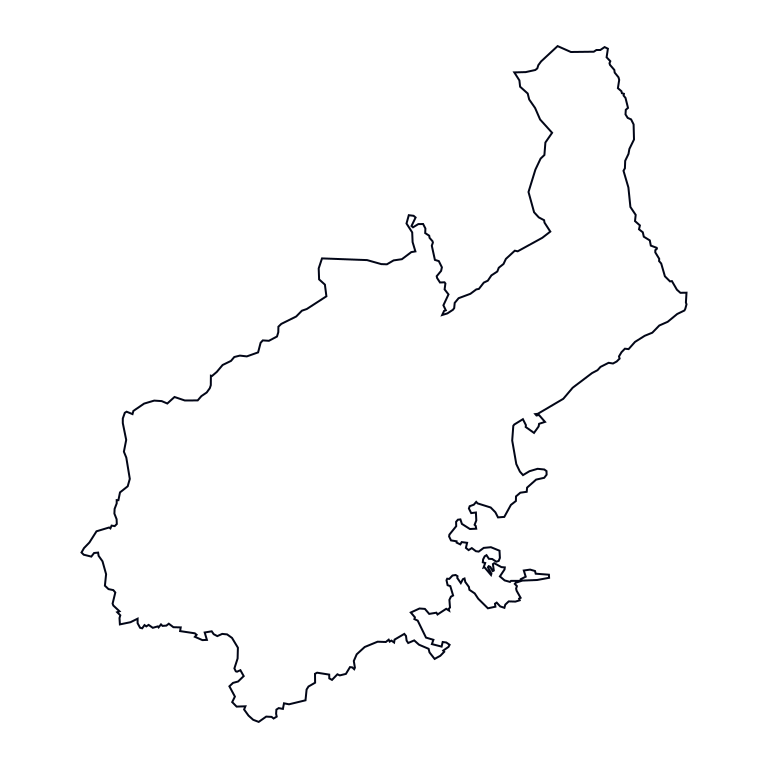 the district of Parva, Bistrita-Nasaud, Romania
{"feature_id": "2599482B44846698630488", "entity_name": "Parva", "entity_type": "district", "adm_level": 2, "iso_a3": "ROU", "parent_name": "Romania", "parent_adm1": "Bistrita-Nasaud", "projection": "mercator", "projection_center": [24.578, 47.424], "detail": "fine", "context": "isolated", "style": "outline", "palette": "ink", "viewbox_px": 768, "rotation_deg": 0, "n_neighbors": 0, "source": "geoboundaries", "source_scale": "gbopen_adm2", "svg_char_len": 6087}
<svg xmlns="http://www.w3.org/2000/svg" viewBox="0 0 768 768"><path d="M408.2,643.0L414.2,640.4L419.0,644.7L428.6,648.8L429.5,652.4L434.6,658.9L440.3,655.8L444.2,651.8L443.2,650.6L448.5,646.9L449.6,644.8L446.3,642.5L442.7,642.0L441.6,646.6L431.9,644.1L433.4,639.8L426.0,637.6L417.7,620.6L414.4,619.1L414.9,617.3L410.8,612.5L419.5,608.5L424.9,608.9L429.2,613.9L436.4,612.7L437.5,614.5L446.2,608.8L449.1,610.6L448.7,608.9L450.0,607.5L449.4,599.9L450.9,596.7L453.1,595.5L450.3,586.1L447.6,585.2L446.5,580.2L447.2,578.7L449.3,578.9L452.5,575.5L455.6,575.0L457.5,576.2L457.3,578.0L460.8,583.1L462.9,579.2L464.5,578.5L465.3,582.0L468.9,586.9L469.4,589.8L474.7,593.4L478.2,598.7L487.9,608.3L495.4,606.7L495.0,603.7L496.7,602.6L500.2,606.4L504.4,607.8L505.3,604.6L508.7,601.4L515.4,601.6L519.7,600.3L519.1,598.6L520.6,597.8L516.6,590.7L516.1,588.6L516.9,586.1L514.8,583.9L515.8,582.7L522.3,580.6L537.1,580.0L549.1,577.8L548.9,574.7L535.7,573.7L535.0,571.0L530.1,569.6L523.8,570.5L525.7,576.7L520.7,579.2L520.3,580.9L511.0,580.9L510.0,581.9L504.6,580.4L499.9,576.4L504.5,569.5L504.8,567.4L501.4,567.1L494.2,563.2L492.9,564.1L493.8,570.5L492.7,571.1L490.3,566.9L488.7,566.2L487.9,567.3L491.4,573.7L491.0,575.0L484.4,567.2L483.6,567.5L485.2,563.0L482.8,562.3L483.1,559.4L484.7,556.3L486.5,555.2L488.9,558.8L492.2,559.0L496.3,561.7L498.7,560.9L499.9,557.9L499.5,550.7L490.9,547.2L483.7,547.9L478.7,551.6L475.9,551.2L471.8,548.1L468.6,550.1L465.9,547.9L467.1,542.8L461.7,542.1L460.3,544.4L456.6,542.6L456.6,541.3L451.0,540.4L449.1,536.5L449.4,534.6L456.2,526.2L456.1,521.8L457.9,519.7L460.4,519.4L461.9,523.9L469.9,529.0L476.2,528.7L475.7,525.9L474.6,524.8L476.3,520.4L475.9,512.5L471.2,513.1L468.9,508.5L469.7,506.2L473.8,504.7L476.2,501.9L477.6,503.4L490.7,507.5L495.4,512.3L498.0,517.4L504.3,516.9L510.9,504.9L515.9,501.0L516.0,496.4L520.3,492.7L526.7,491.8L527.1,487.6L536.1,479.6L544.2,477.8L546.6,474.7L546.5,471.1L544.3,469.5L537.6,468.8L529.5,471.2L523.0,475.1L519.9,471.6L516.3,464.1L512.2,440.5L513.3,425.8L514.3,424.5L522.9,419.2L525.9,425.1L525.7,427.0L534.0,432.9L538.6,426.5L539.1,423.8L545.0,421.9L539.0,415.0L536.5,415.5L535.3,414.1L537.8,413.8L563.3,398.8L572.7,387.7L592.0,373.1L597.5,370.2L600.5,366.9L608.6,362.8L613.0,363.5L616.7,361.5L619.6,358.6L619.0,356.4L621.5,352.2L624.9,348.7L628.6,349.1L635.0,341.9L644.7,335.8L652.3,332.7L659.3,325.5L667.7,321.8L677.2,314.0L684.4,310.5L685.3,308.8L686.5,304.3L685.9,302.5L686.5,292.7L680.4,292.8L676.9,289.7L671.9,281.1L670.0,281.4L664.9,276.3L661.2,263.5L659.1,261.1L659.2,258.8L655.3,252.4L655.3,250.2L656.9,248.7L656.7,247.8L650.8,245.6L649.8,240.4L643.8,236.7L642.8,232.3L639.0,229.3L639.9,225.4L635.0,221.1L635.7,214.9L630.4,207.0L628.4,187.5L623.5,170.8L624.9,168.3L625.2,160.8L628.5,153.9L629.4,148.9L634.0,139.5L633.6,124.4L631.1,119.4L627.7,117.9L625.5,114.4L625.8,109.8L628.0,107.9L625.5,97.9L623.6,95.6L623.9,93.8L621.9,93.2L621.4,91.2L617.9,88.2L619.2,79.9L618.5,77.3L614.7,72.6L614.3,69.9L610.0,64.9L609.5,63.2L610.3,61.2L606.6,57.3L607.9,48.7L604.6,47.1L600.3,50.0L596.4,50.0L593.8,51.7L570.9,52.0L557.6,46.1L541.1,61.4L538.3,65.2L537.3,68.4L535.3,70.0L525.7,72.1L514.3,72.4L519.4,80.4L520.1,86.7L527.7,93.5L529.2,99.5L535.1,108.0L540.1,119.5L552.1,132.8L545.4,142.5L544.4,155.0L540.6,158.6L535.4,169.6L528.5,192.0L534.1,212.3L538.8,217.4L544.1,220.2L544.5,222.6L550.3,231.6L542.3,237.8L517.7,251.3L514.8,250.7L505.9,258.9L503.5,264.0L498.8,267.7L497.3,271.5L491.4,275.4L487.8,280.7L483.8,282.6L478.9,288.9L476.3,289.4L470.4,293.8L458.6,298.2L454.7,302.9L454.2,308.1L452.9,309.8L447.4,313.4L442.2,315.0L444.1,310.9L445.8,310.3L443.4,305.3L448.5,294.4L444.6,289.4L445.4,283.5L444.5,282.3L440.0,282.5L437.1,278.0L436.7,276.2L441.1,270.9L441.9,267.3L438.8,261.1L434.9,259.9L431.8,245.7L432.9,242.6L432.5,241.2L429.6,237.9L429.2,235.7L425.2,233.1L425.4,228.5L423.1,224.0L418.3,224.1L413.0,227.3L411.5,226.0L415.6,217.5L413.6,215.8L408.8,215.2L406.5,223.5L412.2,232.4L412.6,242.1L415.4,251.4L411.3,252.1L401.9,259.2L393.6,260.4L386.9,264.3L381.3,264.1L367.1,260.1L322.0,258.4L318.7,268.4L319.1,279.4L324.9,284.6L326.4,296.3L306.8,309.0L301.9,310.7L296.2,316.5L281.3,323.9L278.4,326.7L278.3,332.2L277.0,336.5L268.9,340.8L262.8,340.4L260.6,342.8L258.1,352.4L246.8,356.4L239.9,355.6L234.3,357.0L231.0,360.9L222.6,365.0L216.8,371.9L212.0,376.0L210.9,375.7L210.8,385.2L209.8,388.2L206.7,392.5L201.4,396.1L197.7,400.4L184.9,400.5L174.5,397.0L167.3,403.5L161.7,401.1L154.2,400.6L144.1,403.6L133.4,410.9L132.5,414.1L126.6,411.7L124.8,412.8L122.8,418.5L122.8,423.1L126.2,439.9L123.9,451.7L126.3,457.6L129.8,478.9L127.7,486.3L120.0,492.4L118.4,500.2L116.7,500.1L116.7,503.4L114.6,508.9L114.4,513.6L116.6,519.2L116.8,524.0L114.7,526.1L111.6,525.6L110.4,528.4L109.1,527.5L96.5,531.3L89.4,542.5L84.0,548.1L81.5,552.5L83.7,554.7L91.3,556.6L94.1,553.0L98.1,552.6L98.6,555.8L102.5,561.3L106.1,574.2L104.9,585.7L108.5,589.1L113.3,590.1L115.3,592.5L112.6,603.6L113.3,605.5L119.5,611.3L117.2,612.2L120.3,615.3L119.5,618.0L119.9,624.4L130.5,622.2L137.6,618.7L137.6,623.2L140.1,627.8L142.2,628.3L144.5,625.1L146.3,626.4L148.6,624.9L152.8,627.8L157.8,626.4L158.6,627.4L161.0,624.4L162.5,625.9L166.4,625.6L168.8,623.7L173.4,627.2L180.7,627.4L180.1,631.1L194.8,633.3L196.6,634.8L194.9,636.8L202.4,640.1L206.9,639.9L204.7,632.5L211.7,631.3L213.7,634.2L217.3,636.1L222.2,633.9L227.1,634.4L232.0,637.9L237.9,647.7L237.6,658.5L234.4,668.4L235.8,671.3L237.0,671.7L240.4,670.2L243.7,676.1L238.1,681.5L233.0,682.9L229.4,686.3L234.9,696.6L232.2,702.1L236.6,706.6L245.4,706.3L244.1,709.5L248.5,715.6L253.2,719.8L258.7,721.9L266.2,716.6L271.6,716.9L273.6,718.5L276.7,716.6L276.1,713.8L276.4,709.6L278.7,708.1L282.9,708.9L284.0,703.3L289.0,704.3L305.5,700.3L306.6,689.5L308.5,686.5L315.1,682.7L315.0,673.8L317.1,672.7L329.2,674.6L329.3,678.4L332.0,679.9L337.4,674.3L339.8,675.4L345.9,673.9L350.0,667.1L352.3,667.4L354.2,669.2L354.9,667.7L353.8,661.0L356.7,654.3L364.7,647.0L377.6,641.7L385.8,642.0L388.7,639.7L389.7,641.6L391.4,640.6L394.1,642.5L394.6,639.6L404.3,633.9L406.0,636.0L406.6,640.6L408.2,643.0Z" fill="none" stroke="#020617" stroke-width="2"/></svg>